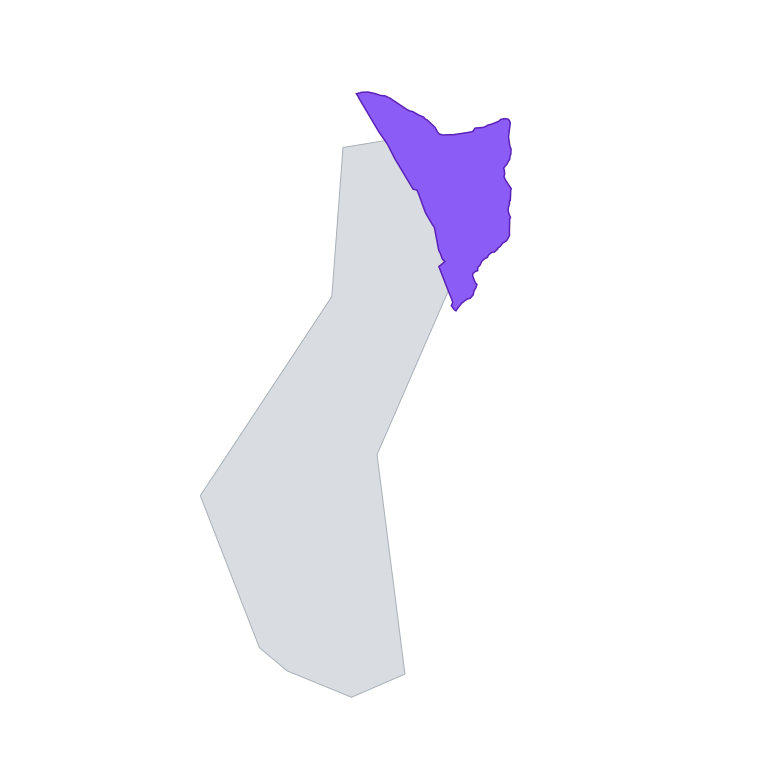 Yigo, Guam shown in context, rotated 339°
{"feature_id": "77769853B33377803133936", "entity_name": "Yigo", "entity_type": "district", "adm_level": 2, "iso_a3": "GUM", "parent_name": "Guam", "parent_adm1": "", "projection": "albers", "projection_center": [144.906, 13.57], "detail": "fine", "context": "in_parent", "style": "filled", "palette": "violet", "viewbox_px": 768, "rotation_deg": 339, "n_neighbors": 0, "source": "geoboundaries", "source_scale": "gbopen_adm2", "svg_char_len": 1961}
<svg xmlns="http://www.w3.org/2000/svg" viewBox="0 0 768 768"><g transform="rotate(339 384 384)"><path d="M299.6,662.3L241.4,664.8L190.8,617.2L173.2,585.5L172.5,422.4L366.6,283.7L430.5,148.5L483.7,159.5L530.8,181.6L573.7,222.2L352.2,447.4L299.6,662.3Z" fill="#d9dde1" stroke="#a8b0b8" stroke-width="1"/><path d="M477.4,322.2L477.6,327.1L477.4,332.6L474.9,335.1L476.3,340.0L477.4,341.5L478.5,340.7L479.5,339.9L485.7,336.3L492.0,334.5L495.1,334.9L496.3,334.3L499.3,332.7L501.1,329.6L504.5,326.9L506.5,324.2L505.6,322.5L505.4,315.4L506.3,312.9L509.6,311.6L512.0,311.8L513.5,308.6L516.2,307.5L518.6,305.2L519.7,304.2L522.7,303.2L525.2,302.9L525.3,302.9L525.5,303.0L525.8,302.8L525.9,302.7L528.2,300.8L532.3,299.7L534.3,300.4L538.6,298.7L538.7,298.0L541.8,297.2L542.5,296.7L545.5,295.0L548.2,294.5L549.9,294.1L553.9,290.8L554.3,290.5L555.6,286.9L560.4,275.2L561.8,273.7L561.6,270.4L562.0,266.7L563.3,263.9L565.6,261.0L566.7,258.0L567.6,258.1L569.5,253.8L571.7,248.6L572.8,247.3L571.4,241.3L570.3,235.6L570.5,233.1L571.9,231.3L573.0,227.5L573.0,225.4L574.8,224.3L578.2,222.4L579.4,221.0L581.8,219.4L582.3,218.4L583.3,216.2L584.6,215.2L586.9,210.0L586.7,207.2L588.8,197.9L595.4,185.7L595.5,182.8L594.7,181.1L591.8,179.5L587.9,178.8L585.4,179.8L577.3,180.0L573.8,179.5L571.3,180.0L568.5,180.0L560.6,177.7L558.0,179.8L556.4,180.0L553.1,179.4L537.6,176.0L535.4,175.0L528.3,172.7L527.8,172.3L525.2,170.4L524.3,168.0L523.6,162.6L519.0,153.1L517.6,151.7L516.7,149.1L512.7,145.2L511.3,143.5L508.3,139.8L506.3,138.7L503.7,135.9L497.6,127.2L492.2,119.6L488.4,115.5L483.9,113.2L480.1,109.9L473.9,105.8L467.8,103.7L462.2,103.2L462.9,106.1L463.1,108.7L469.5,146.5L473.2,161.5L474.8,177.3L478.8,200.3L481.0,212.6L484.3,214.7L484.4,219.8L484.2,231.0L484.1,237.3L484.1,238.7L484.8,243.5L486.3,252.4L486.4,253.1L487.0,254.9L487.0,256.7L485.4,265.5L483.0,278.7L483.4,282.4L483.2,288.0L484.6,291.6L477.3,294.0L477.4,322.2Z" fill="#8b5cf6" stroke="#5b21b6" stroke-width="1.5"/></g></svg>